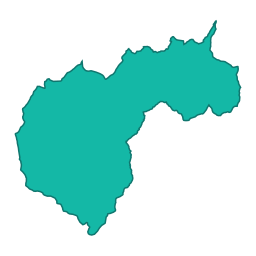 Arboledas, Norte de Santander, Colombia (Albers equal-area conic projection)
{"feature_id": "7082276B9880094240393", "entity_name": "Arboledas", "entity_type": "district", "adm_level": 2, "iso_a3": "COL", "parent_name": "Colombia", "parent_adm1": "Norte de Santander", "projection": "albers", "projection_center": [-72.83, 7.605], "detail": "fine", "context": "isolated", "style": "filled", "palette": "teal", "viewbox_px": 256, "rotation_deg": 0, "n_neighbors": 0, "source": "geoboundaries", "source_scale": "gbopen_adm2", "svg_char_len": 5753}
<svg xmlns="http://www.w3.org/2000/svg" viewBox="0 0 256 256"><path d="M237.2,106.2L237.4,104.7L238.2,102.8L239.2,101.4L239.5,100.6L239.8,97.0L239.1,95.1L239.6,92.8L239.2,91.9L239.2,91.2L239.9,88.3L240.6,87.5L238.8,84.1L238.3,81.5L237.3,80.0L237.1,76.8L236.4,75.2L236.4,74.1L236.9,73.3L238.0,70.7L238.2,68.8L237.9,66.6L237.3,66.5L233.8,67.4L233.0,67.3L231.7,66.6L231.0,65.4L225.0,61.7L223.5,61.4L220.5,61.2L219.8,60.6L218.6,60.0L216.9,59.7L213.3,57.3L212.7,56.4L212.4,53.2L209.9,50.1L210.3,47.5L210.7,46.7L210.6,44.3L210.8,42.5L210.6,41.0L210.9,37.6L212.2,35.3L213.7,33.9L215.3,30.1L215.9,29.3L215.9,28.8L215.3,27.5L215.1,24.3L215.6,23.5L216.2,21.8L216.0,21.0L215.5,21.3L214.3,23.3L213.5,24.2L213.4,24.8L213.6,25.3L213.5,26.1L212.6,27.2L210.2,30.9L209.1,33.2L208.1,34.4L207.5,36.3L207.1,36.7L205.2,37.5L204.8,38.5L203.3,40.2L203.6,41.7L201.3,43.1L199.2,43.6L198.7,43.9L197.8,43.3L194.6,41.9L192.9,39.5L191.3,39.4L189.6,40.1L188.5,41.3L187.6,41.6L186.8,42.1L186.1,43.1L183.9,44.4L183.4,40.9L177.8,40.1L176.4,39.7L174.8,38.3L173.5,36.8L173.0,36.7L172.3,36.9L171.9,37.5L170.7,38.4L170.7,39.5L170.1,40.8L170.2,41.1L171.3,41.3L171.5,41.7L170.4,43.6L170.3,44.3L168.5,46.6L168.4,47.0L168.5,47.7L168.1,48.3L167.9,49.0L167.2,49.2L166.6,48.9L166.3,48.9L165.9,49.3L165.1,50.5L163.9,51.1L160.9,51.1L159.9,51.9L159.1,51.8L157.4,52.6L156.8,52.5L155.6,51.6L154.6,51.6L153.9,52.0L153.7,51.7L153.3,51.8L153.1,51.7L152.7,50.3L150.9,49.1L150.0,47.6L149.4,47.2L147.5,46.5L145.0,46.7L144.0,46.6L143.4,46.9L143.6,47.6L143.4,48.3L141.9,49.5L140.8,50.9L138.5,51.4L137.0,51.3L135.6,53.4L134.5,53.6L131.5,52.3L131.0,51.0L129.2,49.4L128.8,48.7L128.2,49.1L127.5,50.3L126.2,50.9L126.0,51.4L126.1,52.3L125.9,53.0L122.5,56.4L122.0,57.1L121.9,58.2L122.8,60.0L122.9,60.3L122.7,61.0L121.9,62.2L120.4,63.5L118.7,65.4L117.5,67.4L116.1,69.4L115.0,71.9L114.1,73.1L113.0,74.3L110.5,75.5L107.9,77.9L106.2,79.1L105.5,79.2L105.0,78.7L103.5,76.1L102.5,75.1L100.6,74.0L99.3,73.4L96.2,72.2L91.7,70.9L90.9,70.8L88.5,71.2L86.7,70.9L85.8,70.6L84.7,69.7L83.3,68.0L82.6,66.6L82.1,61.3L81.4,62.3L80.8,64.2L80.5,64.4L78.0,65.1L76.3,66.4L74.1,68.6L72.8,69.5L71.8,70.5L69.4,72.1L68.0,72.5L67.1,73.0L64.1,77.3L62.1,78.8L61.8,79.5L61.7,80.3L60.7,81.1L53.3,81.4L50.6,80.3L49.9,79.9L49.2,78.9L48.4,78.9L47.2,79.3L46.6,80.4L45.9,81.2L44.8,81.6L44.5,84.6L45.0,86.9L44.9,88.2L44.6,88.3L40.7,87.0L39.6,86.4L37.4,86.4L36.7,88.1L35.7,89.6L33.7,91.7L33.2,93.7L32.7,94.9L31.5,96.1L31.1,96.6L30.4,98.0L30.3,98.8L27.7,103.3L27.1,104.1L26.5,104.6L25.2,106.5L24.1,107.6L22.8,108.5L22.6,109.7L22.8,110.2L23.1,112.1L23.7,113.2L23.3,115.6L22.8,116.5L22.8,118.0L23.5,119.9L24.6,121.5L24.6,122.1L24.1,123.6L22.7,125.7L20.7,127.3L19.8,129.5L19.0,131.2L18.5,131.9L17.3,132.9L15.9,133.4L15.4,133.8L15.4,134.1L15.5,134.8L16.4,137.4L16.8,139.7L17.2,140.8L17.4,143.3L18.4,147.8L18.7,150.5L19.8,157.3L19.8,158.1L19.4,159.1L20.8,161.2L20.9,162.3L21.4,164.6L21.3,166.5L20.7,169.8L21.0,170.3L22.6,171.7L24.8,174.4L25.6,176.0L25.9,177.2L26.4,177.8L26.4,181.3L25.9,183.1L25.8,185.5L26.1,185.9L27.9,187.2L29.1,188.5L29.9,189.1L32.4,190.1L33.7,191.1L35.4,191.3L37.4,191.0L40.3,191.6L41.9,192.4L42.7,192.9L43.4,194.4L44.4,195.1L47.2,196.1L50.8,196.1L55.0,198.1L56.8,200.9L56.9,202.9L57.1,203.4L58.1,203.7L59.6,203.9L60.9,204.4L62.5,207.7L62.8,209.4L63.5,211.1L66.7,211.7L68.2,213.2L69.6,213.9L72.9,214.3L76.3,215.5L77.0,215.9L77.5,216.7L78.1,218.8L80.0,222.2L82.9,224.7L84.7,224.0L86.1,222.8L86.8,222.5L87.4,222.8L87.6,224.7L89.6,226.8L89.6,227.6L89.0,228.5L87.8,231.9L88.4,233.7L89.5,234.5L91.7,235.0L94.5,234.2L97.5,231.1L99.4,228.0L101.7,225.4L104.7,223.5L105.2,223.0L106.1,217.3L106.3,216.8L107.4,215.7L107.8,213.8L110.3,213.4L113.4,212.2L114.9,211.2L115.4,210.8L115.5,209.7L114.9,208.0L114.8,206.4L115.3,203.6L115.8,202.6L115.6,201.3L115.8,198.9L116.7,197.9L120.0,196.6L122.6,194.9L123.0,194.3L122.9,192.8L123.6,191.6L123.9,189.5L124.3,188.8L125.2,187.9L125.8,187.7L126.9,187.7L127.8,187.2L128.4,186.2L129.3,185.4L129.3,184.8L129.6,184.0L131.0,182.8L132.5,179.8L132.8,178.1L132.5,176.6L132.5,175.7L131.7,174.3L131.3,173.2L131.6,172.2L131.4,171.5L131.6,170.4L131.4,169.8L130.9,169.3L130.3,167.8L130.2,167.1L130.4,165.8L129.8,165.2L130.2,164.3L129.8,163.9L129.5,162.1L129.9,161.6L131.1,157.0L130.8,156.0L131.2,155.2L131.2,154.7L130.0,152.6L130.9,151.1L130.0,150.5L129.7,150.0L128.9,147.9L128.8,146.3L128.1,145.3L127.8,144.5L127.2,144.0L126.9,143.4L126.1,142.7L126.3,142.3L126.1,141.4L126.8,141.3L127.5,140.2L128.5,139.4L128.9,138.8L130.5,138.0L132.8,135.7L133.6,135.4L135.0,134.2L136.2,134.0L137.4,132.6L137.4,131.6L137.8,130.7L139.2,129.6L139.3,129.2L139.0,128.5L140.6,126.8L141.9,123.9L142.0,122.8L144.0,120.3L144.0,120.1L143.6,119.4L144.3,119.0L144.5,118.5L144.5,117.0L144.8,115.6L144.5,115.3L144.0,115.3L143.7,114.9L143.7,113.5L143.2,112.1L143.3,112.0L146.5,111.4L147.5,110.7L148.9,110.4L150.1,109.5L152.1,108.9L152.5,108.3L152.9,107.1L154.3,106.8L156.0,104.8L157.5,104.0L158.2,103.0L159.5,102.3L160.3,101.5L162.8,101.6L163.5,101.9L164.0,102.3L164.7,102.5L165.3,102.5L165.8,102.1L166.1,102.0L166.5,102.4L167.0,103.9L167.9,104.4L168.6,105.8L170.3,106.6L172.5,109.9L173.0,110.2L174.4,110.7L174.9,110.8L176.0,110.3L177.0,110.7L178.3,112.8L179.3,113.5L181.0,113.8L181.4,114.1L182.7,116.7L183.1,119.3L183.7,120.3L183.9,120.4L185.8,120.6L187.6,120.5L188.9,120.3L190.3,118.4L195.2,116.8L197.0,115.3L197.7,114.9L201.2,113.9L202.0,113.7L202.6,113.9L203.0,113.7L203.7,113.1L206.2,109.9L207.4,107.4L208.9,105.0L209.3,105.6L209.3,105.9L210.3,106.7L211.6,108.2L212.2,109.6L212.2,110.3L212.8,112.0L214.2,113.3L216.0,114.2L217.0,115.2L218.4,115.6L220.6,115.5L221.7,114.0L223.9,112.6L225.5,112.5L228.0,111.7L229.1,112.4L230.6,112.0L231.8,110.0L232.8,107.9L233.6,107.0L234.9,106.3L237.2,106.2Z" fill="#14b8a6" stroke="#0f766e" stroke-width="1.5"/></svg>